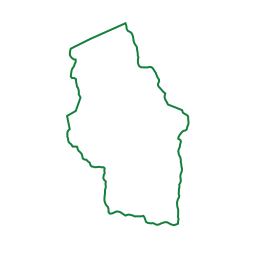 Bonito, Bahia, Brazil, rotated 170°
{"feature_id": "56859067B59206206235036", "entity_name": "Bonito", "entity_type": "district", "adm_level": 2, "iso_a3": "BRA", "parent_name": "Brazil", "parent_adm1": "Bahia", "projection": "robinson", "projection_center": [-41.324, -11.969], "detail": "fine", "context": "isolated", "style": "outline", "palette": "green", "viewbox_px": 256, "rotation_deg": 170, "n_neighbors": 0, "source": "geoboundaries", "source_scale": "gbopen_adm2", "svg_char_len": 2809}
<svg xmlns="http://www.w3.org/2000/svg" viewBox="0 0 256 256"><g transform="rotate(170 128 128)"><path d="M173.4,102.2L171.7,100.4L171.5,98.3L170.7,96.5L168.9,95.9L167.7,95.2L165.1,94.8L163.0,94.8L161.0,93.9L158.9,93.6L158.0,92.4L158.7,90.2L158.8,87.5L160.0,86.1L160.5,84.5L161.0,82.9L160.7,81.4L159.1,79.1L159.9,76.9L159.9,75.4L160.2,73.3L161.5,70.8L161.8,68.8L162.2,67.1L162.9,64.9L163.5,62.5L163.8,60.3L163.6,58.4L162.9,55.8L161.6,53.9L161.3,52.2L161.4,50.4L161.8,48.5L160.8,46.8L158.5,46.6L156.0,47.2L154.2,47.8L152.6,47.5L150.5,46.7L145.7,42.2L143.8,42.6L141.8,42.5L140.0,41.7L138.3,40.9L136.8,39.8L134.9,39.5L132.4,39.1L130.0,38.7L128.1,38.8L127.2,36.8L126.9,34.5L126.4,32.2L125.0,31.1L123.6,30.6L122.0,30.1L120.0,30.0L118.6,29.2L117.1,28.0L115.5,27.5L113.5,27.8L111.5,28.4L110.1,28.6L107.9,28.8L105.9,28.4L104.3,27.2L103.2,26.2L101.2,25.0L99.8,24.4L97.8,24.5L95.4,25.1L94.9,27.4L94.0,29.7L94.2,32.0L93.6,34.1L93.3,36.0L92.8,38.5L92.9,40.5L93.1,42.2L92.9,43.8L92.8,45.7L91.8,48.1L91.0,49.5L89.9,50.7L89.3,52.3L89.6,54.0L89.1,55.9L88.7,57.7L88.4,59.2L87.6,60.8L87.4,63.3L85.8,65.2L85.0,67.5L85.0,69.5L84.8,71.6L84.0,73.7L82.6,75.8L81.9,78.6L82.0,81.4L81.8,83.5L82.0,85.0L81.5,87.2L81.6,90.2L82.5,92.8L82.5,94.4L82.5,96.4L81.8,98.2L80.2,100.5L79.7,102.4L78.9,104.0L78.2,105.7L78.6,107.2L80.4,108.7L79.7,110.5L77.9,112.6L76.0,114.3L74.0,115.6L72.3,115.5L70.4,116.4L69.5,118.7L68.2,120.7L67.4,122.8L67.3,125.3L67.0,127.2L66.8,129.0L68.0,130.8L69.3,131.7L71.3,133.6L71.6,136.2L84.6,144.2L85.2,146.5L86.2,149.1L86.7,151.7L86.1,153.8L85.3,155.6L86.6,157.0L87.8,158.9L89.1,161.1L90.4,163.0L91.1,165.0L90.4,167.0L89.3,168.3L89.1,170.4L90.1,172.6L90.7,175.3L91.1,177.6L92.0,179.5L92.6,181.0L93.2,182.5L94.3,183.8L95.8,184.3L97.4,184.3L99.1,184.4L101.6,184.9L103.5,185.3L105.0,185.7L106.5,187.5L106.9,190.2L106.7,191.9L106.3,193.7L105.5,195.7L105.8,197.5L105.5,199.5L105.4,201.9L105.5,203.5L105.2,206.1L106.2,208.5L107.0,210.4L107.3,212.4L107.3,214.4L107.2,217.1L107.6,219.5L108.3,221.3L109.3,222.3L111.1,223.5L112.1,225.6L112.0,227.3L111.9,229.1L112.3,231.6L149.5,222.3L167.8,216.9L170.6,216.0L171.5,214.2L172.3,211.8L172.5,209.5L171.8,207.9L171.0,206.6L169.6,205.1L167.7,204.5L168.1,202.0L169.4,200.3L170.2,198.7L171.3,197.3L172.5,196.1L173.5,194.6L174.0,193.2L174.7,191.0L175.4,188.9L174.6,187.0L172.3,186.5L170.8,185.2L171.0,183.6L171.1,181.7L171.0,179.9L171.0,177.6L170.3,176.0L170.0,173.8L170.2,171.5L170.7,169.6L170.1,168.2L169.5,166.2L174.6,157.1L176.6,153.8L184.4,151.0L185.9,150.5L185.6,137.0L187.2,136.0L188.4,134.4L188.8,132.4L189.2,130.1L188.9,128.0L189.0,126.2L188.8,124.3L187.8,123.0L186.6,121.5L185.8,119.3L182.9,118.9L181.3,118.3L181.2,116.0L180.7,114.2L179.4,112.6L178.2,110.7L177.8,107.9L177.8,105.8L176.4,104.5L174.5,104.0L173.4,102.2Z" fill="none" stroke="#15803d" stroke-width="2"/></g></svg>